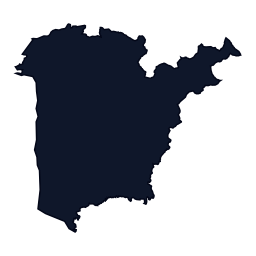 outline of Amansie West, Ashanti, Ghana
{"feature_id": "2480657B59515552665793", "entity_name": "Amansie West", "entity_type": "district", "adm_level": 2, "iso_a3": "GHA", "parent_name": "Ghana", "parent_adm1": "Ashanti", "projection": "orthographic", "projection_center": [-1.803, 6.438], "detail": "fine", "context": "isolated", "style": "filled", "palette": "ink", "viewbox_px": 256, "rotation_deg": 0, "n_neighbors": 0, "source": "geoboundaries", "source_scale": "gbopen_adm2", "svg_char_len": 5715}
<svg xmlns="http://www.w3.org/2000/svg" viewBox="0 0 256 256"><path d="M139.3,36.0L138.1,37.8L138.0,38.9L137.4,39.7L135.7,40.6L134.2,40.6L131.1,38.8L130.3,38.1L129.2,37.7L127.0,36.4L126.1,35.3L123.9,34.6L123.1,33.6L121.9,32.9L120.3,32.5L118.8,32.8L118.1,32.0L117.0,32.5L116.3,32.0L113.6,31.4L111.4,31.7L108.7,29.1L104.3,29.6L103.7,29.3L102.5,27.9L100.9,27.4L100.3,27.5L100.5,28.4L99.9,29.3L99.9,31.2L99.5,32.7L100.0,34.5L100.9,35.9L101.1,37.1L97.8,35.8L95.1,36.6L92.4,36.3L89.6,37.4L86.9,36.3L86.3,35.7L86.2,34.7L85.5,34.2L81.8,33.8L83.3,31.6L83.0,29.7L85.3,27.7L85.4,25.8L84.7,25.4L76.2,26.9L76.0,26.1L72.9,26.2L72.3,27.6L70.9,27.9L70.3,24.6L68.7,24.0L67.8,24.5L65.9,27.8L64.9,28.6L61.7,29.1L59.1,30.1L55.6,29.6L52.9,30.6L51.0,32.2L50.2,34.0L48.8,35.7L47.1,36.2L43.9,36.0L37.9,38.5L36.7,38.8L33.0,38.5L32.0,38.9L32.9,39.8L32.7,40.1L22.3,54.2L24.1,54.8L26.0,54.8L27.0,56.1L26.2,57.6L24.4,58.3L24.2,60.1L22.7,62.5L22.6,64.1L20.6,64.7L19.6,64.1L18.5,66.0L18.0,65.7L16.4,66.6L15.4,66.8L17.4,69.8L19.0,69.5L22.5,69.7L22.1,70.2L22.3,72.3L21.2,73.7L18.5,73.1L17.9,73.3L17.3,73.0L15.9,73.4L21.4,75.4L24.0,74.7L32.8,76.5L36.2,82.5L36.6,91.4L37.8,100.6L36.2,108.6L38.2,116.6L36.2,121.8L36.6,139.9L34.6,149.9L37.0,157.1L37.4,165.1L39.5,170.4L40.2,189.8L38.0,208.9L45.5,213.5L64.7,221.3L69.1,228.6L75.1,232.0L76.0,231.1L76.2,229.7L74.5,229.4L73.5,230.2L73.3,229.8L74.4,228.9L75.1,227.4L76.0,226.9L75.3,226.0L75.8,225.2L75.2,224.2L73.9,223.5L72.8,221.9L73.6,221.1L73.9,218.5L75.2,219.0L75.5,218.7L75.2,218.2L75.7,217.7L77.2,217.9L77.7,219.8L78.3,219.8L78.3,218.8L79.4,217.9L79.8,216.4L79.4,215.9L77.4,215.4L77.3,214.4L76.3,213.3L76.4,212.0L80.0,210.8L79.8,208.7L81.0,207.5L81.9,207.4L82.5,206.9L83.0,207.2L83.7,206.9L85.5,207.3L86.4,206.6L88.0,205.8L88.7,205.2L89.3,203.3L90.2,203.9L93.5,203.8L94.5,204.9L96.1,205.5L96.9,205.1L97.7,205.5L97.9,204.6L98.4,204.1L98.9,204.4L100.7,203.2L101.4,203.2L101.6,202.5L103.3,201.8L103.6,200.7L104.2,200.6L105.2,201.0L105.3,200.1L106.2,200.1L106.3,199.8L105.5,199.1L105.5,198.7L106.4,199.0L107.3,198.9L107.5,198.6L107.3,197.8L107.8,198.1L108.5,197.3L109.0,197.7L110.4,196.9L110.5,197.3L111.6,197.6L112.3,197.2L113.0,197.6L114.5,196.9L115.7,197.4L116.0,196.4L116.6,195.8L117.6,197.2L118.5,197.0L118.8,196.0L119.8,196.5L120.4,196.2L121.6,196.7L122.6,196.4L123.0,196.7L123.7,196.6L125.3,197.5L126.0,197.1L127.9,197.5L128.8,199.8L129.5,200.1L130.4,201.2L131.3,200.7L131.1,199.7L131.6,198.0L133.1,197.4L134.8,198.5L135.2,199.1L135.6,199.0L136.6,199.5L140.0,199.8L140.1,199.0L143.8,199.0L144.3,199.4L144.7,202.1L144.7,202.6L144.0,203.4L144.8,203.6L145.6,204.1L146.2,203.9L146.7,201.9L146.5,198.5L147.1,197.1L147.7,197.0L148.6,197.7L148.7,199.3L149.6,199.8L150.1,199.6L150.4,198.8L152.3,197.0L152.6,197.3L152.6,198.0L153.0,198.2L153.4,197.9L153.9,196.8L154.0,195.2L153.3,194.5L152.3,191.0L151.8,190.8L151.0,188.1L151.5,186.2L150.8,185.5L149.9,185.4L149.5,184.7L148.1,184.1L147.8,182.3L148.7,182.0L149.6,182.4L150.8,180.8L150.5,179.5L149.7,178.6L150.5,177.0L150.4,175.0L151.4,173.6L152.1,173.3L152.2,172.7L151.5,171.1L152.0,169.4L151.9,168.7L153.7,166.9L153.2,165.7L153.0,163.7L154.0,164.2L156.4,164.0L157.4,164.4L158.3,164.0L159.1,161.8L160.2,161.4L160.0,160.0L160.4,159.2L160.3,157.9L161.3,155.8L164.1,152.5L164.9,152.0L165.3,150.5L166.5,150.1L166.7,149.2L167.9,149.3L168.7,149.0L169.7,147.6L169.6,146.9L168.2,145.6L168.0,144.4L168.5,142.6L169.1,142.0L169.8,142.2L170.1,142.0L170.8,140.7L170.7,139.9L168.7,138.5L167.8,137.4L167.8,134.6L169.9,130.6L168.7,128.8L169.7,127.6L171.0,127.3L172.5,127.9L173.1,127.9L173.7,127.2L175.4,126.3L176.7,124.6L178.1,124.0L181.3,122.0L181.3,121.5L179.4,120.0L179.7,118.7L179.6,117.7L178.3,114.7L179.9,112.1L180.0,110.7L179.4,108.7L177.4,104.4L178.7,103.6L180.1,101.7L185.4,97.1L186.4,94.5L189.2,91.8L192.8,91.0L193.6,91.2L194.7,92.9L196.4,93.7L198.4,93.7L199.6,93.3L200.1,93.2L200.6,91.8L203.0,90.3L203.1,89.9L202.5,88.8L202.6,88.4L204.8,86.4L205.1,85.4L208.2,85.6L210.9,84.7L212.0,85.1L215.3,85.0L217.8,83.6L219.4,81.3L220.6,80.5L219.9,80.5L218.2,79.7L216.9,79.5L215.5,78.4L214.9,77.5L213.5,76.6L213.5,76.0L212.0,73.9L211.0,70.4L210.5,65.9L211.3,65.8L212.2,65.2L213.3,65.1L215.3,62.8L217.3,61.7L218.8,61.5L219.6,61.8L221.0,61.3L222.5,59.2L223.6,58.8L225.4,59.0L225.8,58.6L226.7,58.5L227.8,57.0L228.6,56.6L228.7,55.7L230.4,53.4L231.7,54.2L232.3,54.9L235.2,55.4L236.0,55.8L238.8,55.7L240.1,55.0L240.6,55.1L240.4,54.0L239.6,53.3L239.6,52.6L238.7,51.4L234.6,48.5L234.1,47.5L233.2,46.9L232.9,46.0L231.8,44.9L231.0,42.8L230.2,42.1L229.5,40.8L226.0,37.9L225.4,39.1L224.4,42.6L224.7,43.4L222.9,47.7L221.0,48.9L220.4,50.2L219.3,50.9L219.1,50.4L216.3,49.3L215.2,47.6L212.9,47.9L210.9,46.7L206.0,47.0L203.3,46.7L202.6,46.1L202.8,45.3L201.5,44.1L199.5,46.0L198.6,46.2L198.4,46.7L198.5,48.7L198.0,52.8L195.7,54.3L193.9,57.0L192.9,57.7L190.8,58.8L189.3,59.0L187.8,58.2L187.2,58.2L186.0,57.2L185.0,57.3L184.7,58.2L183.7,57.9L181.8,58.0L180.9,57.4L181.3,58.8L180.1,59.6L177.4,62.9L178.5,67.5L178.2,67.8L175.7,68.2L175.1,68.6L173.9,68.6L170.9,66.2L168.7,65.4L167.7,65.3L167.1,64.7L164.7,63.4L163.8,63.3L162.7,63.9L162.2,63.8L160.7,64.4L159.2,65.1L157.6,66.4L156.4,66.7L156.1,69.0L154.4,71.0L154.2,72.1L155.1,73.0L155.0,73.8L153.8,76.7L153.4,77.1L151.7,77.6L151.0,78.2L149.4,78.2L144.7,77.0L144.8,75.8L145.4,74.6L145.1,73.9L145.7,72.6L145.6,71.8L143.6,70.8L143.2,70.0L142.5,69.5L142.3,68.8L141.4,68.4L141.1,67.3L139.1,65.7L139.0,64.3L138.0,62.8L138.0,61.6L138.9,60.5L139.2,59.5L140.4,58.2L141.0,56.5L142.3,56.2L143.5,54.8L144.6,54.3L145.1,53.6L146.0,53.5L147.0,50.7L147.0,50.1L146.3,49.9L144.8,48.3L144.8,47.2L143.7,46.5L143.3,45.9L143.3,44.5L145.1,41.9L144.9,41.2L145.3,39.9L143.7,37.2L142.4,36.0L140.5,36.2L139.3,36.0Z" fill="#0f172a" stroke="#020617" stroke-width="1.5"/></svg>